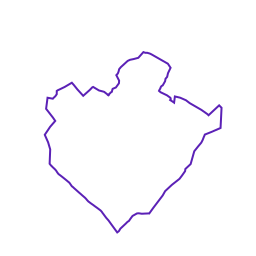 Gwiwa, Jigawa, Nigeria, rotated 137°
{"feature_id": "59680162B64636531363939", "entity_name": "Gwiwa", "entity_type": "district", "adm_level": 2, "iso_a3": "NGA", "parent_name": "Nigeria", "parent_adm1": "Jigawa", "projection": "equal_earth", "projection_center": [8.29, 12.74], "detail": "fine", "context": "isolated", "style": "outline", "palette": "violet", "viewbox_px": 256, "rotation_deg": 137, "n_neighbors": 0, "source": "geoboundaries", "source_scale": "gbopen_adm2", "svg_char_len": 2207}
<svg xmlns="http://www.w3.org/2000/svg" viewBox="0 0 256 256"><g transform="rotate(137 128 128)"><path d="M114.0,58.9L106.8,58.9L95.4,65.8L89.3,66.7L84.4,67.3L81.6,68.3L78.3,69.9L77.5,70.2L76.3,70.8L69.9,68.3L60.3,64.9L54.0,71.0L45.8,79.0L45.9,82.4L60.4,82.4L60.4,83.1L60.5,84.2L62.0,91.3L65.9,104.1L66.7,108.8L69.2,114.6L72.2,119.1L77.0,115.1L77.4,117.0L78.1,119.7L77.0,120.0L76.4,121.2L77.2,125.3L79.8,132.0L80.0,134.0L78.8,134.5L77.6,134.8L76.3,135.5L75.6,135.7L74.9,135.8L73.5,135.5L69.0,136.9L67.0,138.4L64.5,138.7L61.4,140.8L55.8,143.0L55.0,147.8L60.6,165.8L61.3,167.6L62.6,169.8L64.0,171.1L65.0,173.0L72.6,172.3L76.9,174.6L80.0,176.5L82.5,177.3L91.8,177.4L93.1,177.2L93.8,177.2L94.6,176.9L96.1,175.9L97.2,175.3L98.3,174.8L100.5,174.6L102.2,168.7L104.1,166.9L109.2,165.9L112.5,167.1L113.3,166.7L114.2,166.1L115.1,165.5L115.7,165.6L116.5,165.8L117.2,165.6L118.3,165.8L119.0,165.3L120.0,165.2L120.2,165.7L120.2,167.0L120.4,168.3L120.6,169.4L120.7,170.5L121.3,171.6L123.6,175.2L125.5,181.8L126.4,182.1L130.0,181.9L138.8,182.1L138.7,190.7L138.3,196.2L138.2,199.4L146.3,201.2L151.5,202.8L153.6,203.5L154.8,203.7L157.1,201.3L159.5,200.8L162.3,200.8L163.0,200.7L166.2,205.0L174.8,197.9L175.8,186.8L176.4,182.8L184.0,182.0L193.5,179.8L196.2,172.0L199.5,165.4L209.7,155.3L209.8,154.1L209.9,152.9L209.8,152.5L209.8,151.9L209.8,150.6L209.7,149.8L209.7,149.5L209.7,148.9L209.6,148.5L209.6,147.7L209.6,146.3L209.7,145.5L210.0,143.9L210.2,142.3L210.2,141.5L209.9,139.9L209.8,139.4L209.3,136.2L208.7,132.0L208.2,127.8L208.8,123.7L208.5,121.9L208.5,121.1L208.3,119.2L207.8,113.8L207.6,112.2L207.4,109.9L207.0,106.3L207.0,105.2L207.0,104.4L207.1,103.3L207.1,101.2L206.8,99.8L206.7,99.0L206.3,97.0L206.1,96.0L206.0,95.7L205.9,95.2L205.7,93.9L205.0,90.4L204.3,86.4L204.3,85.9L204.3,84.7L204.5,83.6L204.6,82.7L204.7,81.6L204.9,80.0L205.2,77.2L205.3,73.6L205.8,69.7L207.1,59.0L205.1,58.8L204.6,58.9L202.2,59.6L198.5,59.6L194.5,59.6L192.9,59.7L191.8,59.6L190.6,59.4L188.9,59.8L186.9,60.2L185.2,60.5L184.7,60.6L179.7,59.4L178.3,58.3L176.4,55.9L171.2,51.5L170.8,51.0L163.7,52.4L148.6,55.0L143.9,56.5L141.7,56.5L134.7,56.5L125.0,55.7L120.9,56.4L115.7,57.5L114.0,58.9Z" fill="none" stroke="#5b21b6" stroke-width="2"/></g></svg>